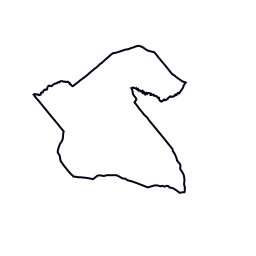 outline of Angkor Chum, Siemréab, Cambodia, rotated 51°
{"feature_id": "14789045B56044752523155", "entity_name": "Angkor Chum", "entity_type": "district", "adm_level": 2, "iso_a3": "KHM", "parent_name": "Cambodia", "parent_adm1": "Siemréab", "projection": "orthographic", "projection_center": [103.697, 13.721], "detail": "fine", "context": "isolated", "style": "outline", "palette": "ink", "viewbox_px": 256, "rotation_deg": 51, "n_neighbors": 0, "source": "geoboundaries", "source_scale": "gbopen_adm2", "svg_char_len": 5073}
<svg xmlns="http://www.w3.org/2000/svg" viewBox="0 0 256 256"><g transform="rotate(51 128 128)"><path d="M194.1,139.1L194.2,138.4L194.7,137.5L196.0,136.9L196.6,136.4L197.3,134.3L198.4,133.3L200.4,133.1L201.5,132.2L203.4,130.8L206.0,129.9L208.9,129.1L210.8,128.7L211.4,127.6L212.5,125.8L213.4,124.6L212.9,123.8L211.5,122.5L210.3,121.7L210.0,121.0L208.7,120.7L207.2,119.9L205.7,118.6L204.0,116.9L201.9,115.5L199.9,114.4L198.2,113.9L196.5,113.6L195.1,113.5L193.7,113.4L192.4,113.0L191.1,111.7L190.2,110.9L188.1,110.2L187.5,110.4L185.7,110.4L183.8,110.3L182.8,109.6L180.1,108.7L178.1,108.1L176.2,107.8L174.3,107.7L172.4,106.7L158.0,106.6L148.3,106.7L145.3,106.7L135.6,106.8L133.9,106.7L131.7,106.4L130.3,106.8L127.1,107.1L124.3,107.0L120.8,107.1L116.8,106.9L113.7,106.8L112.3,106.9L111.7,105.3L111.0,103.4L109.3,103.0L106.6,103.0L104.9,102.8L102.7,101.6L101.1,100.8L99.8,100.4L99.1,100.3L99.4,99.4L99.7,98.8L100.4,98.4L100.4,98.0L101.0,97.7L101.5,97.5L101.8,97.4L102.4,97.0L102.4,96.6L102.7,96.7L103.0,96.9L103.4,96.8L103.2,96.5L103.7,96.0L103.8,95.7L104.2,96.0L104.7,96.1L105.2,96.3L105.6,96.3L105.7,95.8L105.8,95.4L106.2,95.2L106.6,95.0L107.0,95.1L107.3,95.3L107.6,95.0L107.9,94.6L108.2,94.4L108.3,94.0L108.1,93.8L108.0,93.5L108.1,93.2L108.5,93.3L108.9,93.7L109.1,94.0L109.5,94.5L109.9,94.3L110.0,93.9L109.7,93.6L109.5,93.1L110.0,93.0L110.6,93.1L110.6,93.4L110.8,94.1L111.1,93.9L111.6,93.7L111.5,93.2L112.1,92.9L112.6,93.2L113.0,93.4L113.1,93.1L112.9,92.5L112.4,92.3L112.0,91.8L112.3,91.4L113.0,91.4L113.6,91.4L113.6,91.0L113.3,90.6L113.7,90.1L114.0,89.8L114.2,89.6L114.6,89.4L115.0,89.1L115.4,88.7L115.9,88.9L116.3,89.3L116.6,89.6L116.8,89.3L117.2,89.0L117.3,88.5L117.1,88.2L117.6,88.0L117.9,87.7L118.2,87.1L118.8,87.1L119.2,87.5L119.6,87.2L120.0,86.9L120.3,86.6L120.5,86.2L121.1,86.1L121.6,85.8L121.9,85.7L122.7,85.9L123.3,85.8L123.4,85.4L123.7,84.9L124.1,84.8L124.5,85.3L125.0,85.6L125.5,85.7L126.1,86.0L126.8,85.9L127.2,85.8L127.6,85.8L128.1,85.4L128.5,85.4L128.6,85.0L128.4,84.6L128.5,84.3L128.8,84.0L128.9,83.5L128.8,83.0L128.5,82.7L128.5,82.1L129.0,81.8L129.4,81.8L129.7,81.7L129.9,81.5L129.9,81.1L130.0,80.4L130.2,80.0L130.4,79.2L130.0,78.9L129.9,78.5L130.1,78.1L130.1,77.8L130.0,77.3L130.0,76.8L130.0,76.5L130.2,76.0L130.1,75.7L130.0,75.3L130.4,75.1L130.8,75.0L131.1,74.7L131.1,74.3L131.5,73.8L131.8,73.7L131.9,73.3L132.0,72.8L132.3,72.2L132.2,71.7L132.2,71.3L132.0,71.0L132.4,70.8L132.6,70.4L132.8,69.9L132.5,69.7L132.1,69.5L132.3,69.2L132.7,68.9L132.6,68.5L132.4,68.1L132.4,67.7L132.7,67.4L132.3,67.1L132.6,66.7L133.2,66.4L132.9,65.2L132.5,63.8L131.7,61.0L131.0,59.4L130.1,58.1L129.4,56.2L129.1,54.5L128.7,54.6L127.0,55.8L125.5,56.6L124.1,56.9L122.6,57.4L120.9,57.9L118.5,58.5L116.1,58.9L114.3,59.7L111.4,59.8L106.6,59.7L102.7,59.7L98.7,59.8L95.3,59.9L91.5,59.9L88.0,59.8L86.2,59.9L85.4,60.0L84.0,61.2L82.7,62.2L80.8,63.6L79.8,64.1L78.9,64.5L76.7,65.1L74.1,65.9L72.0,67.1L70.7,68.2L69.7,70.1L68.9,72.6L67.8,75.5L66.8,78.5L65.4,80.8L64.5,83.3L63.2,86.8L61.8,90.2L60.4,92.6L60.3,95.9L60.5,99.4L60.6,102.2L60.6,102.6L60.8,106.0L60.8,106.5L60.9,107.5L60.9,108.2L60.8,109.1L60.7,109.9L60.8,110.3L61.0,113.0L61.1,114.8L60.9,116.4L60.9,117.5L61.0,118.4L61.0,120.1L61.0,122.4L61.2,125.8L61.2,129.0L61.0,132.6L60.9,135.4L61.0,137.7L60.9,141.0L60.8,143.0L60.8,144.3L60.5,144.9L59.9,145.0L59.1,145.1L58.4,145.1L58.0,145.2L57.5,145.6L56.8,145.5L56.4,145.0L55.9,145.2L55.4,145.4L54.5,145.5L54.1,145.7L53.9,146.4L53.5,146.7L53.1,147.3L52.9,147.6L52.3,147.7L52.0,148.1L51.7,148.7L51.4,148.8L50.7,149.3L50.2,149.8L49.9,150.0L49.5,150.4L49.1,151.3L49.1,151.9L49.3,152.4L48.9,152.5L48.6,153.0L48.5,153.6L48.4,154.0L48.3,154.5L48.5,155.1L48.0,155.6L47.8,156.4L47.6,157.0L47.3,157.6L47.3,158.5L47.2,159.3L47.4,160.3L47.2,161.4L46.6,161.8L45.9,162.1L45.5,162.4L45.5,162.8L45.3,163.4L45.3,163.9L45.6,164.9L45.9,165.4L46.6,166.0L46.9,166.4L47.0,166.7L46.6,166.9L46.4,167.2L46.6,168.1L46.4,168.3L45.9,168.6L45.7,168.8L45.8,169.4L45.9,170.2L46.0,170.5L46.4,171.3L46.6,171.8L46.2,172.2L46.1,172.8L46.3,173.3L46.0,173.7L46.3,174.0L46.6,174.1L46.9,174.4L47.1,174.8L46.9,175.1L46.7,175.9L46.5,176.5L45.9,176.6L45.4,176.7L45.2,177.3L44.9,177.4L44.6,177.7L44.3,178.1L44.0,178.4L43.6,178.6L43.3,178.7L43.0,179.1L42.9,179.5L42.7,179.8L42.6,180.3L43.7,180.3L44.9,180.5L47.3,180.5L51.0,180.3L55.5,180.3L59.2,180.3L62.4,180.3L66.4,180.3L74.7,180.2L81.3,180.1L82.0,180.1L84.1,180.2L87.0,180.1L90.2,180.1L91.5,181.8L92.8,183.0L94.4,184.6L95.6,185.8L96.4,187.3L96.8,188.4L97.2,189.6L97.5,190.7L98.3,192.2L99.6,194.3L101.1,196.3L102.4,197.8L103.9,198.2L106.3,198.4L108.0,199.3L109.4,200.2L110.5,200.7L111.4,201.2L112.9,201.2L116.6,201.5L120.1,201.5L124.2,201.5L127.1,201.4L130.7,200.9L131.4,201.0L132.2,200.1L135.5,197.1L136.5,195.8L139.2,193.1L140.9,191.4L144.8,188.1L145.8,187.3L145.8,181.9L146.7,180.1L148.6,178.3L150.1,177.0L151.5,173.9L154.9,169.8L157.4,166.7L160.8,165.1L163.6,164.1L165.6,162.1L168.4,161.2L171.6,158.8L176.6,155.7L180.8,153.3L184.8,151.0L186.6,150.0L187.5,147.7L188.4,145.9L189.0,144.1L190.6,141.8L193.3,139.7L194.1,139.1Z" fill="none" stroke="#020617" stroke-width="2"/></g></svg>